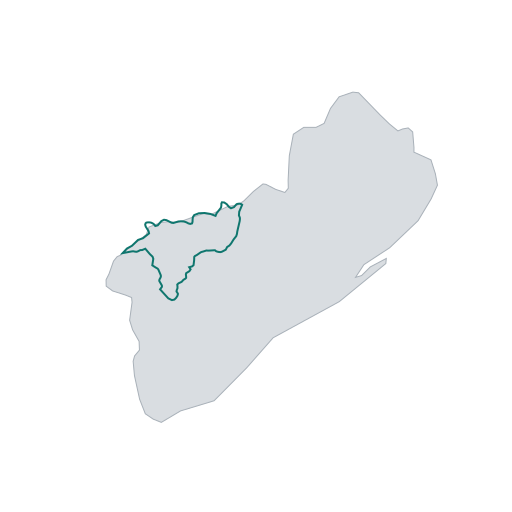 Chalatenango highlighted on a map of El Salvador, rotated 303°
{"feature_id": "SLV-1357", "entity_name": "Chalatenango", "entity_type": "Department", "adm_level": 1, "iso_a3": "SLV", "parent_name": "El Salvador", "parent_adm1": "", "projection": "robinson", "projection_center": [-89.111, 14.18], "detail": "fine", "context": "in_parent", "style": "outline", "palette": "teal", "viewbox_px": 512, "rotation_deg": 303, "n_neighbors": 0, "source": "natural_earth", "source_scale": "10m", "svg_char_len": 2982}
<svg xmlns="http://www.w3.org/2000/svg" viewBox="0 0 512 512"><g transform="rotate(303 256 256)"><path d="M183.1,142.1L187.2,142.9L214.1,152.3L222.1,150.5L232.4,158.1L237.2,164.0L241.5,172.1L262.8,188.6L266.4,195.7L282.3,205.4L288.7,212.8L295.5,215.8L308.8,218.7L320.2,222.6L321.5,225.3L322.6,236.3L325.0,245.6L330.4,246.2L337.0,241.7L358.3,229.3L378.5,221.0L389.9,226.0L396.6,236.3L404.3,240.9L420.3,238.1L434.8,239.0L446.2,248.0L448.8,253.2L441.9,283.2L439.4,296.0L438.2,306.9L442.3,309.7L446.3,313.9L445.4,319.8L433.0,329.4L429.1,331.9L431.9,350.4L422.7,361.6L414.2,369.6L399.2,371.8L373.9,372.7L335.7,363.6L307.5,351.2L292.3,351.1L297.1,355.2L309.1,357.8L324.9,366.6L320.4,369.0L263.1,350.7L196.8,314.9L157.2,309.1L111.8,299.7L85.0,277.1L64.9,267.2L63.2,258.7L63.4,249.1L72.5,236.4L89.5,219.2L100.8,210.3L106.1,208.6L113.6,209.5L120.7,204.5L126.9,192.7L133.3,185.0L149.6,177.3L153.4,174.3L152.1,167.6L148.6,154.8L149.1,146.8L154.4,143.2L160.8,142.5L174.1,139.3L179.8,139.9L183.1,142.1Z" fill="#d9dde1" stroke="#a8b0b8" stroke-width="1"/><path d="M185.8,142.6L192.0,143.7L197.0,146.4L205.2,148.3L209.3,151.5L216.7,154.0L218.3,152.4L220.6,147.5L221.9,146.0L223.3,145.6L224.2,145.8L225.0,146.6L226.0,148.0L226.8,149.7L227.1,151.5L227.0,153.4L226.3,155.2L228.2,156.9L233.7,157.6L236.3,159.1L237.3,161.4L237.9,167.0L238.7,168.7L242.7,172.1L244.2,174.1L245.7,176.8L246.3,179.1L246.4,180.0L246.5,181.5L247.1,183.4L248.5,184.6L250.0,184.2L252.0,183.0L254.2,181.9L256.7,181.9L260.7,184.8L264.1,189.5L266.5,195.0L267.6,200.2L270.4,199.7L277.5,200.3L279.4,199.5L281.1,198.4L282.5,198.2L283.6,200.3L283.5,203.4L282.5,206.4L282.4,209.0L285.0,210.9L288.4,211.4L289.2,211.7L290.3,212.8L291.1,214.0L291.5,215.6L291.4,216.5L284.0,217.8L280.7,219.6L279.5,221.4L278.4,222.3L276.4,223.3L266.5,226.9L264.1,228.0L261.9,228.6L257.7,228.2L252.9,228.3L250.3,228.0L247.8,226.9L244.8,227.2L241.4,225.3L240.8,224.9L240.0,224.2L239.2,222.8L238.8,221.8L238.5,220.9L238.4,220.5L238.3,220.0L238.3,219.5L238.5,218.7L238.4,218.4L238.1,217.9L234.6,213.2L233.8,211.8L233.6,211.4L230.9,209.2L229.7,208.1L228.9,207.6L224.7,205.9L222.7,204.8L222.1,204.7L221.6,204.7L218.8,206.4L214.3,208.6L212.5,208.1L210.2,206.1L209.2,208.4L207.0,208.4L203.6,206.8L202.4,207.2L200.3,208.9L199.6,209.3L198.5,209.1L196.9,208.3L196.4,208.1L193.8,207.7L190.9,205.9L189.2,205.5L187.6,206.8L186.2,207.7L184.2,208.1L182.9,208.7L182.4,210.0L181.7,211.2L179.8,211.8L177.4,211.8L175.0,211.3L173.2,209.5L172.7,205.5L175.8,193.7L178.8,193.9L179.2,193.7L179.6,193.5L179.9,193.2L180.3,192.6L182.2,188.8L182.5,188.4L182.8,188.2L183.2,188.0L183.6,187.9L184.1,187.8L185.7,187.7L186.2,187.6L186.7,187.5L187.1,187.3L187.4,187.1L187.8,186.8L188.3,186.2L191.5,181.4L191.8,180.5L191.8,179.8L191.7,177.8L191.7,174.1L197.7,171.4L199.1,169.6L199.8,165.9L201.8,159.2L198.9,157.2L198.1,156.0L197.8,155.7L195.4,154.3L194.8,153.8L194.4,153.4L193.7,152.0L193.2,150.7L193.0,150.3L191.9,149.0L185.8,142.6Z" fill="none" stroke="#0f766e" stroke-width="2"/></g></svg>